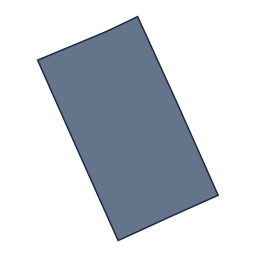 Boone, Illinois, United States of America, rotated 336°
{"feature_id": "52423323B68053361543387", "entity_name": "Boone", "entity_type": "district", "adm_level": 2, "iso_a3": "USA", "parent_name": "United States of America", "parent_adm1": "Illinois", "projection": "robinson", "projection_center": [-88.831, 42.324], "detail": "fine", "context": "isolated", "style": "filled", "palette": "slate", "viewbox_px": 256, "rotation_deg": 336, "n_neighbors": 0, "source": "geoboundaries", "source_scale": "gbopen_adm2", "svg_char_len": 305}
<svg xmlns="http://www.w3.org/2000/svg" viewBox="0 0 256 256"><g transform="rotate(336 128 128)"><path d="M73.2,226.8L128.2,226.2L183.0,226.1L183.0,125.6L182.1,30.1L155.0,30.9L149.7,31.0L145.0,31.0L73.0,29.2L73.0,101.2L73.0,116.1L73.2,226.8Z" fill="#64748b" stroke="#1e293b" stroke-width="1.5"/></g></svg>